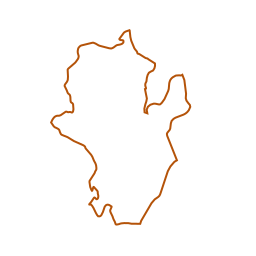 the border of Eastern, rotated 339°
{"feature_id": "SLE-790", "entity_name": "Eastern", "entity_type": "Province", "adm_level": 1, "iso_a3": "SLE", "parent_name": "Sierra Leone", "parent_adm1": "", "projection": "albers", "projection_center": [-11.073, 8.208], "detail": "fine", "context": "isolated", "style": "outline", "palette": "amber", "viewbox_px": 256, "rotation_deg": 339, "n_neighbors": 0, "source": "natural_earth", "source_scale": "10m", "svg_char_len": 3655}
<svg xmlns="http://www.w3.org/2000/svg" viewBox="0 0 256 256"><g transform="rotate(339 128 128)"><path d="M164.4,37.2L164.5,37.5L162.8,44.0L162.3,47.7L162.5,55.7L162.7,56.7L163.7,59.8L163.7,60.3L163.6,61.5L163.6,61.8L164.0,62.3L164.8,62.8L165.1,63.1L169.5,69.0L171.1,70.1L171.7,71.2L176.3,77.4L175.5,79.7L174.0,81.8L172.0,83.3L169.5,83.5L167.3,83.9L165.3,85.6L163.6,87.9L161.9,91.1L160.2,92.7L159.5,94.0L159.2,95.4L159.2,96.7L158.9,97.6L157.8,97.7L156.2,107.2L154.6,109.8L152.7,112.1L150.2,115.8L149.1,119.3L151.3,121.2L152.0,117.6L154.2,115.3L157.2,114.3L160.8,114.5L162.4,115.2L165.5,117.2L166.6,117.4L168.6,116.6L172.4,114.1L178.7,107.9L180.0,106.2L182.6,100.9L183.7,99.4L184.9,98.2L186.3,97.3L187.9,96.7L191.2,96.2L191.9,96.3L194.8,97.2L195.7,97.7L196.6,98.0L197.8,97.8L197.8,103.4L194.5,116.8L192.6,120.9L192.4,123.4L193.2,126.4L194.0,128.6L193.7,130.6L191.1,133.2L189.0,134.4L186.9,135.1L184.7,135.4L176.0,135.4L173.8,135.8L171.3,137.0L169.7,139.0L167.2,143.7L166.1,144.8L163.4,146.3L162.4,147.1L162.0,148.1L161.8,149.4L162.1,175.7L159.6,176.1L158.8,176.4L153.8,179.1L149.7,182.6L135.3,200.2L134.1,201.6L132.9,202.6L131.5,203.2L127.4,204.2L123.0,206.6L107.0,219.4L105.1,221.8L97.1,218.7L94.3,217.0L90.6,215.5L87.8,214.7L86.5,214.5L85.1,214.5L83.8,214.3L82.6,214.0L82.2,213.7L82.0,213.2L82.1,210.8L81.8,208.2L81.8,205.9L81.9,205.3L81.5,200.4L81.6,199.2L81.9,198.4L84.4,195.8L84.5,195.4L82.9,193.2L82.5,192.9L82.1,192.6L81.6,192.3L81.0,192.2L80.4,192.1L79.8,192.2L78.8,192.7L77.9,193.3L74.5,197.4L72.1,199.6L71.7,199.9L71.2,200.1L70.7,200.3L70.1,200.3L69.5,200.2L69.0,199.9L68.5,199.7L68.0,198.4L67.6,196.0L67.1,190.2L66.6,187.6L66.0,186.2L64.9,185.8L64.5,185.6L64.5,185.3L67.5,183.6L71.0,181.1L71.4,180.9L71.8,180.9L72.1,181.2L72.4,181.7L72.8,182.8L73.1,183.2L73.6,183.3L74.1,183.2L74.6,182.9L75.0,182.5L75.6,181.6L76.0,180.6L76.4,178.0L76.6,177.5L76.8,177.0L76.9,176.4L76.8,175.6L75.0,170.9L74.7,170.7L74.4,170.9L74.1,171.2L72.5,173.3L72.2,173.6L71.9,173.7L71.7,173.1L71.6,172.2L71.6,169.5L72.7,164.5L73.0,164.0L73.2,163.6L80.2,158.5L80.6,158.2L81.9,156.7L82.7,156.1L83.1,155.8L83.5,155.4L83.8,154.9L84.2,153.9L84.8,151.6L84.9,150.4L84.9,149.2L84.5,146.3L84.4,142.1L84.0,139.9L81.4,132.6L81.2,132.0L81.1,131.4L81.1,130.9L81.2,130.5L81.2,130.0L80.9,129.3L80.2,128.2L72.9,120.9L68.3,114.9L66.4,113.1L66.0,112.8L63.7,110.6L63.3,110.0L63.1,109.1L63.0,107.4L63.1,105.6L63.0,104.8L62.6,104.0L61.1,102.2L60.1,101.3L59.3,99.9L58.2,95.3L60.5,93.1L62.3,91.9L62.9,91.6L63.6,91.3L64.8,91.1L65.7,91.1L66.4,91.2L68.0,91.8L68.6,91.9L69.2,91.9L69.8,91.9L75.2,90.6L75.8,90.5L76.4,90.7L76.8,91.0L77.6,91.7L78.1,91.9L78.6,92.0L79.2,92.1L79.7,92.3L80.1,92.6L80.5,92.9L80.9,93.3L81.3,93.5L81.9,93.3L82.5,93.0L83.1,92.1L83.8,90.9L85.1,86.6L85.2,86.3L85.2,85.7L85.1,85.3L84.9,84.8L84.2,83.9L84.0,83.4L84.0,82.8L84.2,81.7L85.3,78.4L85.5,77.2L85.5,76.5L85.4,75.9L85.1,75.4L84.6,74.5L84.4,74.0L84.3,73.4L84.3,70.7L83.9,66.1L84.1,65.6L84.4,65.2L84.9,64.7L87.4,63.1L88.3,62.3L89.0,61.5L89.2,61.1L90.4,58.5L92.4,52.4L92.6,51.9L93.0,51.5L94.0,51.0L101.8,48.2L102.8,47.7L106.0,45.6L106.7,44.9L107.3,44.0L107.6,43.5L107.8,42.9L107.8,42.4L108.0,40.2L108.3,39.0L108.7,38.0L109.8,36.2L110.2,35.8L110.7,35.3L111.3,35.0L112.3,34.5L113.1,34.3L113.9,34.2L124.9,35.6L125.9,35.8L126.5,36.2L128.0,37.6L130.0,40.1L130.8,40.9L131.9,41.7L132.0,41.8L139.0,46.8L140.5,47.6L141.1,47.8L141.9,47.8L143.2,47.7L146.4,46.8L147.1,46.7L147.7,46.7L150.2,47.2L151.5,47.3L152.9,47.2L153.6,46.9L154.3,46.5L154.9,45.3L154.9,44.7L154.6,44.2L152.6,43.2L152.2,42.9L151.9,42.5L151.8,42.2L151.8,41.9L151.9,41.7L158.4,37.5L160.2,37.1L164.4,37.2L164.4,37.2Z" fill="none" stroke="#b45309" stroke-width="2"/></g></svg>